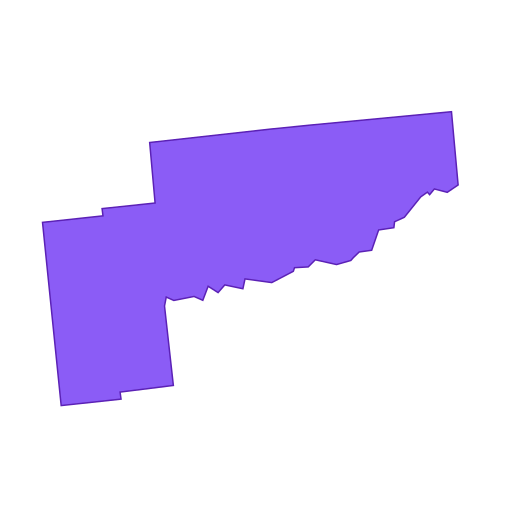 the district of Howard, Arkansas, United States of America, rotated 263°
{"feature_id": "52423323B29422586516725", "entity_name": "Howard", "entity_type": "district", "adm_level": 2, "iso_a3": "USA", "parent_name": "United States of America", "parent_adm1": "Arkansas", "projection": "mercator", "projection_center": [-94.035, 34.052], "detail": "fine", "context": "isolated", "style": "filled", "palette": "violet", "viewbox_px": 512, "rotation_deg": 263, "n_neighbors": 0, "source": "geoboundaries", "source_scale": "gbopen_adm2", "svg_char_len": 708}
<svg xmlns="http://www.w3.org/2000/svg" viewBox="0 0 512 512"><g transform="rotate(263 256 256)"><path d="M315.4,48.2L131.3,44.4L130.4,104.6L137.5,104.5L137.6,158.2L138.2,158.2L217.5,159.1L226.2,161.9L221.9,169.0L223.4,189.6L218.5,197.8L231.8,204.8L224.3,213.9L231.1,221.5L225.1,239.0L234.6,242.3L227.7,268.4L236.3,291.2L239.7,292.8L238.8,306.5L245.0,314.4L237.7,334.9L240.0,349.6L242.5,352.4L247.4,358.9L247.6,371.5L266.9,380.9L267.3,396.3L273.1,397.7L276.4,408.0L294.6,426.7L298.5,433.9L295.7,435.8L300.8,441.2L295.9,453.6L301.9,465.3L302.8,465.3L375.4,467.6L379.3,326.5L380.2,286.1L381.6,164.3L320.9,162.3L321.8,109.0L314.5,109.0L315.4,48.2Z" fill="#8b5cf6" stroke="#5b21b6" stroke-width="1.5"/></g></svg>